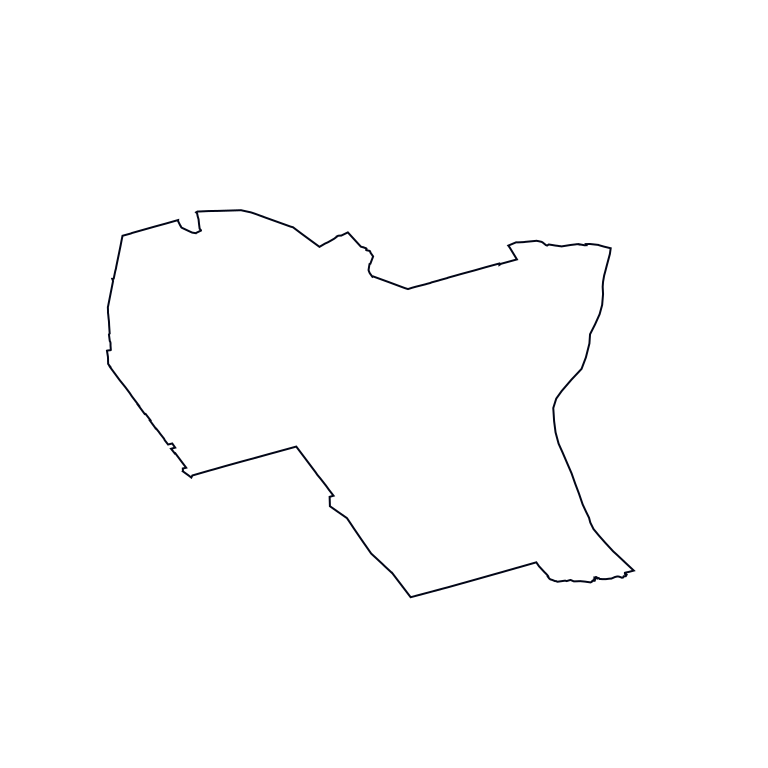 Nīcgales pag., Daugavpils, Latvia, rotated 197°
{"feature_id": "27541924B22704913663351", "entity_name": "Nīcgales pag.", "entity_type": "district", "adm_level": 2, "iso_a3": "LVA", "parent_name": "Latvia", "parent_adm1": "Daugavpils", "projection": "equal_earth", "projection_center": [26.391, 56.15], "detail": "fine", "context": "isolated", "style": "outline", "palette": "ink", "viewbox_px": 768, "rotation_deg": 197, "n_neighbors": 0, "source": "geoboundaries", "source_scale": "gbopen_adm2", "svg_char_len": 5816}
<svg xmlns="http://www.w3.org/2000/svg" viewBox="0 0 768 768"><g transform="rotate(197 384 384)"><path d="M677.4,449.3L677.0,445.1L676.4,439.6L675.5,430.2L674.9,423.7L674.5,419.5L674.3,417.5L674.1,416.3L674.0,413.3L673.3,406.0L673.3,405.8L673.4,405.5L674.6,405.1L673.2,403.3L670.6,377.9L670.6,377.6L670.6,377.3L670.5,376.6L670.1,375.5L669.2,372.9L668.9,371.8L668.8,371.5L667.9,369.5L666.5,366.1L665.7,364.3L665.2,363.1L664.0,359.7L662.7,356.3L661.1,352.1L661.5,351.0L661.5,350.9L658.8,344.9L658.3,344.5L657.7,343.6L657.3,342.6L656.8,340.9L655.2,336.7L655.4,336.4L658.6,335.0L658.7,334.9L655.9,329.2L654.9,326.3L654.6,325.2L654.0,323.6L653.8,322.8L653.6,322.5L652.4,321.6L651.3,320.8L651.6,320.7L651.2,320.3L647.7,317.7L637.9,310.4L630.5,305.4L624.5,301.0L621.5,298.5L620.4,297.7L612.5,292.0L612.9,291.9L604.0,285.3L603.3,285.7L596.8,281.1L597.3,280.7L589.8,275.1L589.3,274.6L588.9,274.8L587.3,273.7L585.5,272.5L583.7,271.1L578.4,267.4L577.2,266.1L572.8,263.0L569.1,265.2L565.1,262.1L568.7,259.8L568.1,259.4L564.0,256.6L563.8,256.4L563.4,256.8L554.1,250.0L548.7,246.1L549.0,245.9L551.7,244.4L550.8,241.9L550.9,241.7L544.1,239.4L540.9,238.2L540.6,240.1L540.5,240.5L525.3,250.4L521.8,252.6L511.8,259.1L497.2,268.4L482.9,277.4L471.9,284.4L466.8,287.6L462.4,290.4L457.8,293.3L449.6,298.5L441.2,292.4L432.7,286.2L423.5,279.5L421.3,277.7L417.3,275.1L409.6,269.7L405.8,266.8L399.6,262.4L403.0,260.2L401.2,254.9L400.7,253.4L400.0,251.3L390.5,248.2L380.2,244.9L375.0,240.7L370.9,237.3L361.3,229.6L357.4,226.5L353.3,223.3L346.7,218.1L333.0,211.5L329.9,209.9L321.2,205.7L321.1,205.8L312.5,199.6L307.3,195.9L307.0,195.6L306.9,195.6L296.2,187.9L284.1,195.4L267.8,205.6L263.4,208.3L251.1,216.2L249.5,217.2L237.2,225.1L222.3,234.7L216.5,238.4L211.9,241.4L206.6,244.8L203.1,247.1L202.1,247.7L186.2,258.0L183.7,256.0L182.3,254.9L181.2,254.3L179.5,253.3L177.8,252.3L175.4,250.9L174.0,250.2L172.1,249.1L171.1,248.4L170.7,248.1L170.4,247.6L169.9,246.9L169.7,246.8L169.8,246.8L169.4,246.5L168.9,246.2L168.3,246.0L167.8,245.8L167.2,245.8L166.6,245.8L165.7,245.8L164.7,245.7L163.7,245.6L163.1,245.5L162.2,245.7L161.7,245.8L160.6,245.6L160.4,245.6L159.7,245.9L153.5,248.8L153.2,248.9L152.2,248.9L151.9,248.9L151.6,249.0L149.2,250.6L148.4,251.1L148.2,251.1L147.8,251.1L145.3,250.8L144.6,250.8L142.8,251.4L138.8,252.8L138.6,252.9L138.4,252.9L134.0,253.8L131.9,254.1L130.8,254.3L129.4,254.5L128.7,254.6L128.4,254.7L128.0,255.1L127.9,255.2L127.6,255.4L127.5,255.6L127.3,256.1L127.3,256.3L127.0,256.4L126.9,256.5L127.0,256.6L126.9,256.9L126.8,257.1L126.2,257.2L126.3,257.3L126.1,257.4L126.0,257.6L125.6,257.6L125.4,257.8L125.6,258.1L125.4,258.1L125.2,258.1L125.3,258.3L125.0,258.6L125.0,258.8L125.3,258.9L125.7,259.4L125.7,259.5L126.1,260.3L126.2,260.5L125.9,260.6L125.3,260.7L125.2,260.7L125.1,260.8L125.1,261.2L124.9,261.4L124.7,261.4L124.2,261.4L123.9,261.2L124.0,261.0L124.0,260.9L124.3,260.6L124.0,260.4L123.8,260.4L123.6,260.4L123.7,260.6L123.3,260.8L122.8,260.9L122.5,261.0L122.3,261.0L121.9,261.2L121.6,261.0L121.4,260.9L120.9,260.6L120.7,260.6L120.1,260.8L118.8,261.1L118.5,261.1L117.3,261.5L114.9,262.2L111.6,263.7L109.7,264.4L107.9,265.9L106.9,266.8L105.3,267.8L104.2,268.3L103.6,268.4L102.8,268.5L100.7,268.4L99.8,268.3L98.7,269.0L98.6,270.2L97.8,270.4L96.6,270.9L96.2,272.6L96.8,272.8L97.6,272.6L98.1,272.8L98.4,273.9L97.3,274.6L95.8,275.4L94.9,275.9L90.6,278.6L100.2,283.3L111.7,289.0L115.8,290.9L126.4,297.1L134.2,301.9L141.2,306.5L146.2,311.8L148.8,316.0L153.4,320.9L158.8,326.9L165.6,336.3L172.1,344.7L178.5,353.4L184.9,360.9L193.1,370.6L199.6,378.0L205.8,387.9L210.5,398.3L215.1,410.5L215.0,420.4L212.0,429.3L206.0,443.0L199.5,456.2L198.7,468.4L199.4,482.8L201.5,491.8L199.6,502.7L198.2,513.8L198.5,523.4L200.8,534.0L203.3,540.9L204.4,545.8L205.2,552.2L205.3,555.9L205.6,562.8L206.0,574.4L206.9,580.1L213.6,579.7L218.3,579.6L219.2,579.6L219.6,579.7L228.0,578.1L231.9,576.8L231.4,576.2L231.1,575.9L232.7,575.3L234.7,575.1L238.3,574.7L238.2,574.5L239.5,574.4L240.4,574.1L242.1,573.3L243.7,572.6L246.0,571.6L254.4,567.5L254.9,567.4L255.4,567.4L255.8,567.3L256.8,567.1L258.4,566.9L260.6,566.5L263.7,566.1L267.2,565.6L268.5,564.1L269.9,564.2L271.3,564.8L273.8,565.8L275.0,566.0L277.6,565.8L277.8,565.8L280.2,565.5L280.3,565.4L290.5,561.2L291.5,560.7L293.1,560.1L297.3,558.6L299.1,558.1L305.6,552.7L305.3,552.5L303.5,551.1L293.3,542.0L303.4,535.6L307.2,533.2L308.5,531.6L309.0,532.9L310.8,531.8L320.8,525.5L330.5,519.2L340.1,513.2L343.1,511.3L347.9,508.2L350.9,506.3L352.3,505.4L354.0,504.3L354.2,504.0L361.3,499.5L361.8,499.1L368.5,494.9L369.0,494.3L372.6,492.1L372.9,491.9L373.1,491.7L381.9,486.4L385.2,484.3L387.5,482.7L388.8,481.8L391.8,481.8L395.4,482.0L408.7,482.8L425.9,483.7L426.4,483.1L426.7,483.3L428.0,484.3L429.2,485.2L429.9,485.7L430.7,486.6L431.6,487.7L432.1,488.5L432.6,492.0L432.9,494.5L432.2,495.0L431.7,502.8L435.4,505.7L435.5,506.0L436.2,506.8L436.4,507.0L436.8,507.1L437.2,507.0L438.0,507.0L438.8,506.9L439.5,506.8L440.0,506.9L440.3,507.0L440.3,507.3L440.2,508.1L440.3,508.3L440.7,508.5L441.4,508.6L441.9,508.6L442.7,508.5L443.4,508.8L444.3,508.6L446.3,508.6L462.9,518.4L468.3,513.4L469.1,513.2L471.1,512.4L472.4,511.2L472.3,510.9L474.1,508.4L476.8,505.5L479.2,503.0L481.4,501.1L485.8,496.3L495.6,499.7L507.0,503.7L516.9,507.3L519.3,507.2L527.6,507.6L538.1,508.1L544.3,508.4L544.7,508.4L557.2,509.1L560.6,509.2L561.7,509.2L563.9,509.0L570.1,508.5L571.5,508.4L571.8,508.3L583.0,504.5L590.7,501.9L591.5,501.6L602.3,498.1L610.4,495.2L612.8,494.4L613.9,493.2L612.6,492.5L611.2,489.9L609.5,487.3L607.7,483.0L605.7,478.6L604.1,477.6L603.9,477.2L608.1,473.3L608.1,473.2L611.7,472.7L615.5,473.2L623.0,474.3L623.7,474.6L624.8,475.8L625.0,475.8L628.1,479.1L628.5,479.5L628.6,479.8L628.7,480.1L628.8,480.6L639.3,473.8L649.3,467.5L669.2,454.7L670.1,453.9L677.4,449.3Z" fill="none" stroke="#020617" stroke-width="2"/></g></svg>